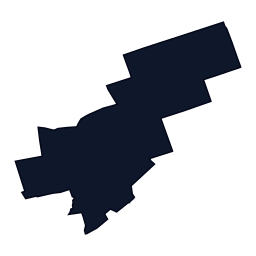 Uda-Clocociov, Teleorman, Romania (Equal Earth projection)
{"feature_id": "2599482B85467448595775", "entity_name": "Uda-Clocociov", "entity_type": "district", "adm_level": 2, "iso_a3": "ROU", "parent_name": "Romania", "parent_adm1": "Teleorman", "projection": "equal_earth", "projection_center": [24.718, 43.898], "detail": "fine", "context": "isolated", "style": "filled", "palette": "ink", "viewbox_px": 256, "rotation_deg": 0, "n_neighbors": 0, "source": "geoboundaries", "source_scale": "gbopen_adm2", "svg_char_len": 1424}
<svg xmlns="http://www.w3.org/2000/svg" viewBox="0 0 256 256"><path d="M85.4,233.8L86.8,233.6L90.2,231.7L96.9,228.0L107.5,219.2L106.8,217.9L104.5,213.9L105.5,213.1L110.4,209.0L116.6,211.9L123.2,206.7L128.0,202.8L129.5,202.6L129.6,201.8L129.9,201.6L131.9,199.9L133.3,198.7L134.4,197.2L132.5,194.4L132.2,193.6L131.5,188.4L131.5,188.2L131.0,185.9L131.2,185.7L138.4,179.0L154.5,164.1L151.8,161.7L151.1,161.2L150.3,160.0L149.6,158.5L150.0,158.4L172.5,151.2L172.4,150.7L160.7,118.2L160.9,118.2L173.0,114.3L185.5,110.2L210.9,101.3L210.7,100.5L203.4,79.7L204.0,79.5L215.6,75.7L240.6,67.2L240.5,66.6L237.6,58.7L232.6,44.4L231.8,42.1L227.4,30.5L226.5,28.3L225.9,27.5L224.9,26.5L224.4,25.2L223.4,22.2L144.4,47.9L123.5,55.1L129.7,72.1L131.5,77.7L106.7,85.7L108.1,89.4L117.2,104.3L111.1,106.1L103.5,108.1L90.0,114.0L86.2,115.9L83.7,117.4L81.2,119.0L81.5,119.3L80.6,119.8L79.5,121.5L78.4,123.5L76.8,126.9L66.5,127.6L58.5,128.5L57.3,128.8L54.6,130.1L52.7,130.0L49.7,129.3L47.4,128.7L45.1,128.1L39.1,127.4L38.2,127.3L39.8,140.5L42.3,156.3L33.7,157.9L15.4,161.3L24.9,191.3L21.9,192.4L25.7,198.6L27.7,198.1L37.0,195.9L37.3,196.7L48.5,194.1L53.2,193.1L60.3,192.3L69.7,189.3L72.4,196.8L74.5,197.1L73.5,200.2L72.8,200.3L73.1,202.2L72.9,203.8L72.5,205.3L73.0,208.1L72.7,208.6L71.0,209.0L70.2,212.1L68.7,214.4L77.4,213.1L81.7,212.5L83.3,216.9L85.7,225.5L84.5,230.5L85.0,232.1L85.4,233.8Z" fill="#0f172a" stroke="#020617" stroke-width="1.5"/></svg>